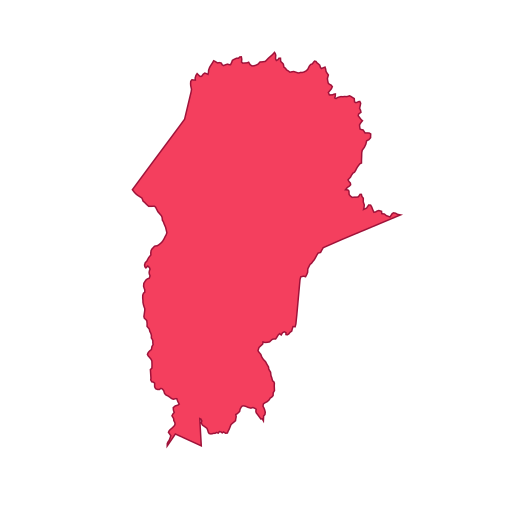 the district of Boa Viagem, Ceará, Brazil, rotated 191°
{"feature_id": "56859067B12725266051245", "entity_name": "Boa Viagem", "entity_type": "district", "adm_level": 2, "iso_a3": "BRA", "parent_name": "Brazil", "parent_adm1": "Ceará", "projection": "equal_earth", "projection_center": [-39.829, -5.047], "detail": "fine", "context": "isolated", "style": "filled", "palette": "rose", "viewbox_px": 512, "rotation_deg": 191, "n_neighbors": 0, "source": "geoboundaries", "source_scale": "gbopen_adm2", "svg_char_len": 6098}
<svg xmlns="http://www.w3.org/2000/svg" viewBox="0 0 512 512"><g transform="rotate(191 256 256)"><path d="M308.0,83.1L306.8,81.8L305.8,80.6L305.3,78.8L304.0,77.2L303.4,75.7L303.6,74.1L304.4,72.8L305.7,70.9L307.1,69.2L307.9,67.8L308.3,66.2L306.7,64.7L305.3,63.3L305.7,60.4L306.1,58.4L306.9,56.7L307.3,55.0L306.9,52.6L304.0,59.3L301.2,65.9L273.5,59.2L280.2,85.7L278.9,85.4L277.7,83.7L277.9,81.7L276.3,79.8L274.0,78.8L272.5,78.1L271.3,77.5L270.1,75.7L269.2,73.9L268.1,72.8L266.7,72.7L265.2,73.1L263.9,73.8L262.4,74.1L260.9,75.3L259.3,74.9L258.4,76.7L256.7,76.6L255.4,75.9L254.3,77.1L252.0,76.2L250.3,76.8L249.9,78.9L249.3,80.8L248.8,83.5L248.4,85.7L247.4,87.1L246.2,88.5L244.7,90.4L244.8,92.1L244.8,94.5L245.6,96.6L244.3,97.6L242.4,100.3L242.4,102.5L241.8,104.6L240.9,106.1L239.4,106.6L237.0,106.4L235.0,105.9L232.0,105.7L230.1,106.7L227.9,106.2L226.5,105.5L226.6,103.8L225.9,102.2L222.9,99.5L220.1,96.9L218.9,97.4L217.3,95.6L218.0,100.5L217.0,102.0L217.1,104.4L218.2,106.7L219.2,108.3L220.5,109.9L220.5,112.3L219.1,113.7L217.2,115.2L215.7,117.2L214.9,119.3L213.7,120.4L212.6,122.2L213.0,125.1L212.2,127.4L213.3,132.0L213.7,134.7L214.6,136.0L215.9,136.6L216.6,138.0L217.4,139.7L218.4,141.3L219.0,143.0L219.5,144.7L220.7,146.0L222.0,147.6L222.5,149.4L224.9,152.1L226.3,153.9L227.6,154.9L228.7,155.6L229.9,156.7L231.2,158.1L232.5,160.3L234.5,161.9L236.0,163.4L235.6,166.8L232.6,170.9L232.7,173.0L230.8,172.8L228.5,173.4L226.3,174.3L225.2,175.9L224.1,177.3L222.6,178.0L220.9,178.3L220.1,180.1L219.2,182.6L218.0,184.3L216.2,183.3L215.3,185.8L213.7,187.0L212.0,186.5L211.6,184.6L210.3,184.6L209.0,185.7L208.1,187.5L206.6,189.1L206.5,191.2L206.2,193.8L204.1,194.0L203.9,196.9L204.7,205.9L208.3,241.2L208.1,244.1L205.4,245.3L203.4,245.1L202.6,247.7L202.2,249.8L202.7,253.3L201.3,258.2L200.2,259.3L199.2,261.4L198.1,263.4L197.3,265.7L196.5,268.4L195.6,270.7L193.3,271.8L192.6,274.2L191.6,277.0L174.7,288.7L122.0,323.9L125.0,323.9L127.1,324.6L129.3,324.6L130.4,323.6L131.9,319.9L135.8,320.5L138.0,321.7L140.6,321.6L141.3,323.8L144.1,324.1L145.8,323.2L146.9,322.1L148.6,321.4L150.1,323.5L151.7,326.1L153.2,327.8L155.1,327.6L156.6,324.1L159.3,322.2L159.2,323.9L159.4,326.7L161.0,329.5L161.7,333.2L163.4,334.6L164.3,336.6L165.6,336.4L166.2,334.9L167.1,333.4L168.3,333.0L170.8,332.5L172.8,331.9L174.7,332.8L176.3,334.1L177.2,337.5L178.4,338.4L180.8,338.1L179.4,340.7L177.7,342.4L176.7,344.0L177.3,345.6L179.0,346.9L180.2,348.3L179.2,350.0L178.3,351.4L177.7,353.5L176.7,355.8L175.3,357.1L174.5,359.1L174.1,360.8L173.3,363.0L171.7,366.3L170.2,367.4L170.6,369.5L171.2,373.3L171.9,377.6L171.9,380.1L170.4,383.3L169.9,385.2L169.5,386.9L169.4,390.2L167.4,391.7L166.1,394.0L166.7,397.7L168.4,398.3L170.4,398.0L172.4,397.6L175.0,400.2L176.8,400.2L178.1,400.5L178.8,402.4L179.4,404.5L178.5,406.9L177.3,409.1L178.9,410.0L181.2,412.1L182.4,413.1L182.4,414.9L180.4,417.1L181.2,419.0L182.5,420.7L182.4,423.7L182.4,425.9L183.6,427.5L184.8,427.1L186.2,426.0L187.4,425.6L188.7,426.1L189.6,429.3L191.5,430.0L193.2,430.7L194.8,431.1L196.3,430.2L197.6,429.7L199.4,429.5L201.2,428.9L203.0,428.7L204.9,427.8L206.3,427.0L207.5,425.8L208.9,426.2L208.7,428.1L209.0,430.2L210.2,429.8L211.7,428.8L214.7,428.1L216.2,430.3L213.9,434.5L213.4,436.8L214.9,438.1L216.8,438.6L218.1,439.5L219.1,441.8L219.8,443.9L219.5,447.5L221.4,449.3L222.5,450.6L223.3,452.8L224.3,454.6L227.6,452.5L228.7,453.4L229.9,455.5L231.9,456.7L233.1,457.3L234.2,458.4L235.7,458.5L236.5,457.2L237.3,455.4L238.9,454.4L239.9,452.5L240.8,449.2L242.1,447.3L244.1,445.7L245.8,444.9L247.1,444.8L248.3,444.1L249.5,443.7L254.2,444.3L255.9,443.7L257.7,442.9L259.8,443.9L261.7,444.6L262.7,445.8L264.6,446.7L265.8,449.6L267.3,450.7L268.9,451.7L269.7,454.8L271.2,454.5L271.9,452.9L273.3,451.8L274.5,453.4L274.9,456.8L275.6,458.2L276.7,459.4L278.2,456.9L281.6,452.5L282.8,450.6L284.0,448.8L287.1,447.7L289.1,447.2L290.6,444.7L292.4,443.3L294.3,442.3L296.2,441.8L298.3,442.7L300.2,444.8L301.6,443.9L304.2,443.2L305.9,442.8L307.2,443.6L307.5,446.4L308.4,448.7L309.9,448.3L310.9,446.8L312.9,446.4L315.1,444.8L316.5,443.6L316.8,441.5L317.5,438.9L318.8,438.7L320.6,438.9L322.4,437.9L324.2,436.7L325.8,437.3L326.8,438.7L328.6,438.9L330.7,438.2L333.0,439.1L334.8,439.6L335.6,437.2L336.6,434.8L337.5,432.4L338.0,429.3L337.7,427.3L337.8,425.1L339.3,425.5L341.2,425.8L342.5,424.4L343.7,422.0L345.2,421.6L347.0,422.7L348.6,423.8L349.4,421.9L349.7,419.1L349.1,417.1L351.1,416.8L352.5,416.8L353.4,415.0L353.1,412.7L352.6,410.8L351.1,407.3L351.0,404.7L352.2,376.6L356.3,367.9L367.3,345.0L375.9,327.1L390.0,297.5L387.4,295.2L385.2,293.7L383.5,292.9L379.2,291.2L378.3,290.0L377.3,288.3L375.6,287.4L373.3,285.8L370.8,284.3L367.7,284.9L365.5,285.5L364.0,284.9L360.7,280.7L356.6,277.5L355.5,275.9L354.7,273.2L353.5,272.0L352.2,269.8L350.2,266.9L347.9,261.8L348.3,259.4L348.9,257.7L349.4,255.7L350.3,253.1L351.1,251.6L352.0,250.3L353.4,248.6L354.9,247.2L356.2,246.8L357.5,246.2L358.4,244.7L359.4,243.2L360.0,241.4L359.9,239.0L359.4,237.0L361.0,234.0L361.7,231.9L362.2,230.1L363.4,228.4L363.7,225.9L363.0,224.2L361.8,223.3L360.3,225.5L358.4,224.3L357.5,222.9L357.8,221.2L357.8,219.6L357.3,218.0L356.2,216.3L356.5,213.9L358.2,212.8L359.3,211.7L360.1,209.9L360.9,207.8L360.6,204.9L359.6,203.0L358.7,201.5L358.3,199.2L359.3,198.1L359.7,195.9L359.2,193.1L358.5,190.8L358.1,188.9L357.2,186.7L356.3,185.0L355.1,183.0L354.8,181.2L354.5,175.3L353.8,173.7L350.9,171.8L350.0,168.9L349.5,166.1L348.0,164.9L346.9,164.0L345.8,161.7L344.4,159.9L343.5,158.0L343.1,155.6L342.0,154.5L341.1,153.1L340.7,151.0L340.1,149.5L340.9,147.2L340.8,144.3L342.5,142.2L343.4,140.6L343.8,138.7L342.8,137.4L341.2,136.2L339.3,134.6L338.2,133.1L337.7,131.0L337.2,128.7L336.8,126.0L338.0,124.4L335.8,116.0L335.7,114.3L334.3,112.6L332.7,112.6L331.2,111.8L330.9,109.9L330.5,108.2L329.2,106.6L327.4,106.2L325.4,106.5L324.1,107.9L322.5,107.6L320.9,106.2L319.5,103.6L317.9,102.4L315.6,101.8L313.5,100.9L311.8,100.0L309.8,99.6L307.8,100.6L306.5,100.8L305.6,99.2L304.5,97.6L303.1,96.0L304.0,94.9L305.2,94.2L306.7,93.4L308.3,91.4L307.9,89.7L307.3,88.2L306.4,86.9L307.4,85.1L308.0,83.1Z" fill="#f43f5e" stroke="#9f1239" stroke-width="1.5"/></g></svg>